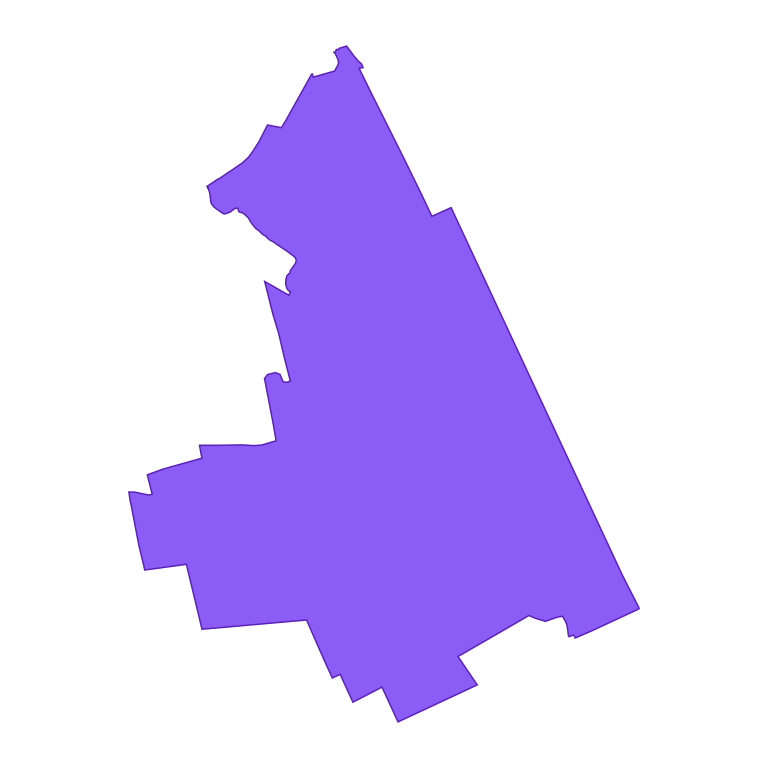 Troianul, Teleorman, Romania (orthographic projection)
{"feature_id": "2599482B81423793179318", "entity_name": "Troianul", "entity_type": "district", "adm_level": 2, "iso_a3": "ROU", "parent_name": "Romania", "parent_adm1": "Teleorman", "projection": "orthographic", "projection_center": [24.994, 44.017], "detail": "fine", "context": "isolated", "style": "filled", "palette": "violet", "viewbox_px": 768, "rotation_deg": 0, "n_neighbors": 0, "source": "geoboundaries", "source_scale": "gbopen_adm2", "svg_char_len": 2351}
<svg xmlns="http://www.w3.org/2000/svg" viewBox="0 0 768 768"><path d="M398.0,721.9L477.2,684.9L458.0,656.5L501.5,631.4L528.9,615.5L535.6,618.4L542.7,620.5L545.2,621.4L556.6,617.4L562.4,616.2L565.4,621.3L566.9,624.7L567.9,631.2L568.4,635.7L569.1,636.7L572.7,635.3L573.8,635.3L575.2,638.0L592.3,630.6L615.5,619.8L635.6,610.5L638.5,609.0L639.1,608.7L638.6,607.0L622.4,575.3L451.1,207.6L431.9,216.3L421.5,194.4L404.8,160.2L387.3,125.2L372.0,94.6L359.1,68.3L363.1,67.6L361.7,64.3L360.9,63.4L358.5,61.2L355.4,57.7L353.2,55.1L352.4,53.9L346.6,46.1L339.0,48.4L338.4,49.9L336.4,49.4L334.9,53.0L333.4,51.6L335.4,53.9L336.7,56.5L338.3,60.6L338.5,62.4L338.1,64.7L334.6,71.0L328.4,72.8L313.3,77.1L312.4,74.0L311.7,74.1L285.5,121.0L281.4,127.7L267.5,125.0L259.0,141.6L252.1,152.4L248.5,157.2L246.3,159.3L246.0,159.6L243.7,161.7L242.0,163.2L236.8,166.7L231.9,170.1L228.6,172.2L225.8,174.2L220.0,178.1L217.0,179.7L207.0,186.4L207.7,187.1L207.7,187.4L207.7,188.2L208.0,188.2L208.5,188.3L208.4,188.9L209.0,190.6L209.9,193.7L210.5,198.9L210.6,199.6L210.7,201.6L211.6,204.1L213.5,206.5L216.1,208.7L223.1,213.6L225.0,213.9L225.6,213.7L229.7,212.3L230.5,211.9L233.8,209.2L234.8,208.8L235.3,208.3L236.4,208.1L236.8,208.3L237.7,208.2L237.8,208.2L238.9,211.8L242.5,212.9L243.7,213.6L248.2,217.7L250.0,220.7L251.7,223.6L255.7,228.4L257.7,229.9L259.1,230.9L262.6,234.4L265.8,236.2L266.7,237.4L268.7,239.1L269.6,239.9L271.7,241.0L274.1,242.3L276.0,243.8L288.6,252.3L290.4,253.7L294.4,256.8L295.2,257.8L295.8,258.8L296.2,260.3L295.9,262.0L295.6,262.8L295.2,263.8L290.3,270.6L290.0,272.6L286.9,275.8L285.8,280.1L285.7,284.1L286.0,285.3L286.4,286.8L286.7,288.0L288.1,290.3L290.5,292.0L290.4,292.2L288.8,295.2L264.7,281.5L273.1,314.9L278.7,333.5L284.6,358.7L290.3,380.9L287.8,382.0L285.2,382.3L282.9,381.4L280.0,374.4L275.4,372.6L267.6,374.5L264.5,378.5L273.3,424.3L276.1,440.8L261.2,445.1L254.1,445.6L241.7,444.9L218.9,445.3L199.5,445.3L201.9,458.2L163.6,468.9L147.3,474.8L152.2,494.3L148.4,495.0L142.6,493.8L134.7,492.1L128.9,492.0L130.0,499.6L130.0,500.0L131.0,504.4L131.1,504.7L131.9,508.9L138.9,545.4L144.8,570.0L180.6,565.1L186.4,564.3L200.5,622.9L201.2,626.0L202.0,629.2L224.3,627.3L240.9,625.8L306.6,620.0L314.3,637.7L324.4,660.6L325.9,663.9L332.3,678.0L340.2,674.4L352.9,702.2L382.0,687.1L391.6,708.0L398.0,721.9Z" fill="#8b5cf6" stroke="#5b21b6" stroke-width="1.5"/></svg>